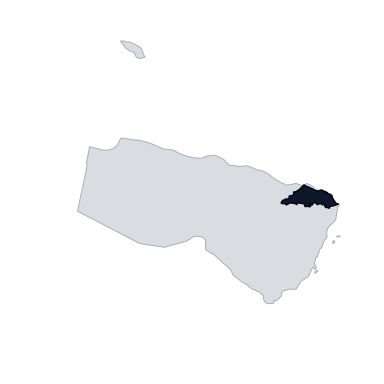 Yemen, with Lahij highlighted, rotated 217°
{"feature_id": "YEM-157", "entity_name": "Lahij", "entity_type": "Governorate", "adm_level": 1, "iso_a3": "YEM", "parent_name": "Yemen", "parent_adm1": "", "projection": "orthographic", "projection_center": [44.466, 13.315], "detail": "fine", "context": "in_parent", "style": "filled", "palette": "ink", "viewbox_px": 384, "rotation_deg": 217, "n_neighbors": 0, "source": "natural_earth", "source_scale": "10m", "svg_char_len": 4970}
<svg xmlns="http://www.w3.org/2000/svg" viewBox="0 0 384 384"><g transform="rotate(217 192 192)"><path d="M301.1,166.5L289.0,171.5L285.9,173.6L283.1,176.2L281.0,179.3L279.7,184.9L281.0,189.8L281.0,192.5L277.9,194.4L275.0,195.7L271.8,197.8L269.8,198.3L268.2,199.9L266.3,201.1L259.5,204.1L252.1,206.5L240.2,209.4L235.7,212.3L231.5,214.4L225.1,215.1L216.4,218.0L211.6,220.2L205.6,223.9L204.2,225.0L203.2,227.6L201.4,229.9L197.8,233.6L195.1,235.5L193.2,235.7L189.7,236.7L185.4,237.0L178.3,235.8L176.5,236.8L175.0,238.2L169.6,240.8L164.0,245.9L160.0,247.3L153.4,248.9L148.8,251.1L145.7,251.9L141.7,252.4L134.2,252.2L127.2,253.0L120.7,254.5L117.7,257.2L114.2,261.4L108.5,263.2L107.1,264.7L105.4,267.9L101.7,268.7L98.3,269.2L94.9,267.9L88.5,271.6L86.0,272.3L82.3,272.4L79.7,273.2L77.8,273.0L75.4,271.5L70.4,269.7L66.8,270.8L66.5,267.3L60.5,256.3L61.8,246.8L61.8,245.5L60.6,241.2L57.0,237.3L57.2,232.4L56.0,228.9L55.1,225.3L55.4,224.3L55.4,223.4L53.7,217.8L53.0,216.7L52.8,215.5L53.4,214.7L53.4,213.6L52.5,211.9L51.5,208.7L46.6,206.1L47.6,203.7L48.6,204.5L49.8,205.3L50.1,203.7L50.1,202.6L48.2,195.3L51.2,185.7L50.3,177.1L54.9,173.6L56.1,172.5L56.8,171.6L57.9,169.7L59.3,169.0L59.9,167.0L59.8,165.9L58.9,165.0L58.2,162.6L58.4,159.5L58.7,158.2L59.2,155.9L60.8,155.0L61.2,154.3L60.0,152.9L60.1,152.0L62.8,149.5L63.9,148.8L65.6,148.0L67.0,148.0L68.6,148.5L70.0,149.2L71.3,150.4L72.8,151.9L75.0,152.4L76.5,152.3L77.8,152.9L78.8,152.6L80.0,151.8L81.9,151.9L83.6,151.0L88.4,150.6L93.1,150.9L98.0,150.2L102.8,150.3L107.7,150.3L108.8,150.4L109.9,150.8L114.0,153.0L117.2,153.5L123.5,154.0L130.2,154.6L136.1,155.1L141.0,154.6L145.1,154.1L146.2,154.2L147.5,155.5L150.0,158.9L152.4,162.1L156.5,162.2L159.1,161.0L161.9,159.2L163.7,157.9L165.6,152.7L166.9,149.3L169.8,145.5L172.3,142.3L175.6,138.1L177.4,135.7L180.9,131.1L184.4,129.3L191.0,125.7L197.5,122.2L201.7,119.9L205.3,118.9L211.4,117.9L218.5,116.7L225.6,115.6L233.2,114.3L241.6,112.9L247.4,111.9L254.7,110.7L260.8,109.6L266.3,108.7L271.8,107.7L273.0,110.2L274.2,112.7L275.3,115.2L276.5,117.7L277.7,120.2L278.9,122.7L280.0,125.2L281.2,127.7L282.4,130.2L283.5,132.7L284.7,135.2L285.9,137.7L287.1,140.3L288.2,142.8L289.4,145.3L290.6,147.8L291.7,150.2L293.5,151.0L294.6,153.3L296.2,156.6L297.8,159.9L299.4,163.2L301.1,166.5ZM321.6,268.2L323.1,268.4L325.4,267.4L332.0,267.1L340.0,269.6L338.6,270.4L337.7,271.4L334.3,272.5L330.9,274.8L320.8,276.3L317.8,275.8L315.3,273.8L310.7,271.2L312.4,269.4L312.8,268.6L313.4,267.8L315.9,266.3L318.5,266.5L321.6,268.2ZM49.6,238.3L49.2,238.8L48.8,238.7L47.3,237.3L49.0,235.8L49.8,237.2L49.6,238.3ZM45.0,204.3L44.2,204.8L44.0,203.8L44.5,201.6L45.3,201.0L45.8,202.6L45.5,203.5L45.0,204.3ZM48.7,245.1L47.1,245.9L48.2,243.8L49.4,243.4L49.7,243.5L48.7,245.1Z" fill="#d9dde1" stroke="#a8b0b8" stroke-width="1"/><path d="M89.9,271.5L89.8,271.3L89.7,271.2L89.1,271.5L88.3,271.6L86.7,272.4L86.2,272.5L85.7,272.4L85.2,272.4L84.3,272.9L83.7,272.9L83.2,272.8L83.0,272.4L83.3,272.4L83.9,272.6L84.3,272.6L84.5,272.4L84.5,272.1L84.3,271.9L84.0,272.1L83.3,272.0L82.5,272.3L81.1,273.1L80.4,273.3L80.0,273.3L79.3,273.1L78.6,273.4L78.2,273.4L77.7,273.1L77.3,272.2L76.9,272.0L76.4,272.0L76.0,271.8L75.3,271.3L74.9,271.1L74.4,271.0L73.9,270.8L73.3,270.8L73.0,270.7L72.1,270.1L71.6,269.9L70.7,269.9L70.4,269.8L70.1,269.6L69.8,269.4L69.6,269.4L69.3,269.5L67.8,270.9L68.7,269.1L70.7,266.2L72.1,264.7L73.0,263.4L73.0,262.9L72.9,262.4L72.7,262.1L72.7,261.7L73.1,261.5L74.0,261.4L74.3,261.1L74.8,261.0L75.1,260.6L75.6,260.4L76.1,260.2L76.6,260.3L77.1,260.5L77.5,260.7L78.5,261.2L78.9,261.6L79.6,262.0L80.1,262.0L80.2,261.6L80.1,260.3L80.3,260.2L81.2,260.7L81.8,260.8L82.1,260.6L82.2,260.1L82.5,259.6L82.8,259.5L83.3,259.4L83.6,259.2L83.6,258.8L83.6,258.4L83.8,258.2L84.1,258.0L84.4,257.4L85.5,257.6L86.6,257.5L87.8,257.2L88.4,256.8L88.5,256.2L88.4,255.7L88.4,255.1L88.4,254.6L88.2,254.1L88.4,253.8L88.9,253.6L90.5,253.6L90.8,253.3L90.7,252.9L90.4,252.5L89.7,252.5L89.4,252.3L88.9,252.1L88.7,251.7L88.9,251.3L89.3,251.0L89.8,250.8L90.5,250.7L90.6,250.4L90.6,250.2L91.0,249.9L91.4,249.9L91.8,249.8L92.0,249.5L92.3,249.2L92.6,249.0L92.8,248.5L93.8,248.8L94.1,249.3L95.1,250.0L95.8,249.9L96.7,249.3L98.4,248.6L98.8,248.1L99.2,247.8L100.2,248.2L100.7,248.1L100.9,247.6L100.8,247.0L100.8,245.1L101.4,245.0L102.2,244.9L104.3,244.1L105.4,243.3L106.4,242.9L107.3,242.0L108.8,238.6L110.3,238.6L110.7,238.7L111.5,238.2L112.0,237.7L113.3,236.9L113.8,236.8L114.2,237.0L114.5,238.3L114.4,240.3L113.5,240.5L113.3,240.9L113.2,241.7L113.3,242.3L113.2,242.6L112.9,242.9L112.5,243.1L111.6,243.3L111.3,243.6L111.1,244.0L111.2,244.4L111.2,244.8L111.1,245.2L110.7,245.6L109.7,246.2L109.7,246.5L110.1,246.7L111.3,246.7L111.8,246.9L111.9,247.1L111.7,247.5L110.3,249.0L109.6,250.1L109.5,251.1L109.6,251.9L110.0,252.3L110.3,252.5L110.6,252.8L110.7,253.1L110.5,253.6L109.3,254.5L107.7,259.0L106.9,264.8L106.7,265.1L104.6,265.3L100.1,266.5L94.9,267.4L92.7,268.2L91.6,268.9L89.9,271.5L89.9,271.5Z" fill="#0f172a" stroke="#020617" stroke-width="1.5"/></g></svg>